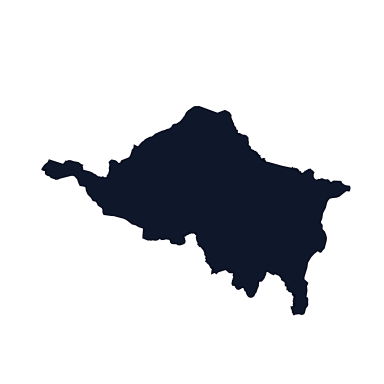 Sucua, Morona Santiago, Ecuador (Mercator projection), rotated 17°
{"feature_id": "8360857B23495862214977", "entity_name": "Sucua", "entity_type": "district", "adm_level": 2, "iso_a3": "ECU", "parent_name": "Ecuador", "parent_adm1": "Morona Santiago", "projection": "mercator", "projection_center": [-78.202, -2.485], "detail": "fine", "context": "isolated", "style": "filled", "palette": "ink", "viewbox_px": 384, "rotation_deg": 17, "n_neighbors": 0, "source": "geoboundaries", "source_scale": "gbopen_adm2", "svg_char_len": 6105}
<svg xmlns="http://www.w3.org/2000/svg" viewBox="0 0 384 384"><g transform="rotate(17 192 192)"><path d="M42.0,214.1L43.1,214.5L44.6,214.4L45.6,213.7L46.6,216.9L46.9,217.4L48.8,218.1L51.0,217.9L53.1,219.1L56.2,219.2L57.3,218.9L57.7,219.5L59.7,218.8L61.3,217.3L71.4,211.2L73.2,210.6L75.3,210.7L79.0,213.0L81.6,216.6L83.2,218.3L85.1,217.9L88.2,217.7L89.3,218.2L90.8,221.4L93.4,224.4L97.5,226.6L99.9,228.9L103.0,228.7L104.4,229.7L106.2,231.8L107.8,232.4L110.9,233.1L112.2,234.9L113.0,237.4L114.3,239.0L121.8,237.8L123.9,237.2L134.8,236.8L138.0,237.4L144.1,239.8L147.9,239.6L151.5,240.5L156.2,240.5L156.8,242.1L158.6,250.1L164.0,250.6L165.0,250.0L166.7,249.9L168.4,248.9L170.8,248.7L172.6,247.8L173.8,246.6L174.5,245.1L176.6,246.2L178.6,245.5L180.7,244.2L183.8,243.7L185.5,244.3L186.5,246.3L187.6,246.8L189.1,246.7L192.2,245.7L193.8,246.3L195.9,245.9L198.6,244.0L199.6,242.8L199.7,242.1L199.4,240.7L198.5,239.7L198.4,239.0L196.7,236.9L196.8,236.7L198.5,235.7L199.2,234.1L200.4,233.6L202.1,231.5L202.8,231.7L202.8,231.0L203.4,230.5L204.7,230.9L206.4,230.0L207.3,230.0L207.0,230.6L207.6,230.6L208.0,231.4L208.9,231.6L209.7,232.5L209.6,234.1L211.3,237.2L211.8,237.4L213.2,239.5L213.2,240.5L214.0,240.7L215.2,241.7L216.7,241.5L218.8,243.1L219.4,242.6L220.1,243.2L220.0,243.7L220.8,244.7L222.1,245.0L222.3,245.3L221.6,245.5L222.5,246.9L222.7,248.1L224.6,249.2L224.5,249.8L225.0,250.4L224.6,251.3L225.8,252.2L225.7,254.3L226.9,254.5L227.6,255.2L229.9,256.2L231.1,257.5L231.7,257.9L232.0,258.5L233.1,259.1L233.8,258.8L234.2,259.8L235.0,259.9L234.3,261.1L234.8,264.0L236.6,262.3L238.1,262.2L239.0,262.7L240.1,260.6L246.7,256.1L247.3,256.1L251.1,257.9L253.0,257.6L254.4,256.7L255.7,257.9L256.0,258.7L255.9,259.6L257.3,261.2L256.9,262.7L257.2,263.7L256.9,264.5L256.9,265.6L257.3,266.6L257.1,267.5L257.6,267.7L257.8,268.7L258.4,269.1L259.0,268.7L261.1,269.0L261.5,269.2L261.8,270.2L263.7,271.4L265.2,271.2L266.1,270.1L266.6,269.9L266.8,269.4L267.7,268.5L269.5,267.9L271.6,270.7L272.8,271.0L273.3,271.4L273.9,272.7L275.3,274.2L276.7,275.2L277.7,275.4L278.5,275.4L280.1,274.7L281.0,273.5L281.5,272.2L281.6,270.7L282.3,268.8L282.3,265.9L282.7,262.6L281.7,258.2L282.2,257.5L284.2,256.8L284.9,255.8L285.8,253.4L286.2,249.6L286.0,246.9L286.4,245.9L286.7,245.6L288.1,245.6L291.2,246.6L294.1,247.0L295.1,245.1L296.0,245.7L299.4,246.0L300.3,246.3L303.4,248.5L303.4,249.3L303.8,249.7L305.1,249.9L307.8,251.0L308.6,253.8L309.1,254.2L310.2,254.1L310.9,254.6L310.9,255.3L311.9,255.8L311.3,256.5L311.5,257.4L312.6,257.3L314.0,258.6L316.5,258.4L318.1,259.3L318.0,260.4L318.4,260.9L319.1,261.0L319.7,260.4L320.4,260.5L319.8,261.7L320.6,262.2L321.2,262.1L320.5,263.8L321.0,263.9L321.1,264.4L320.8,265.2L320.9,266.8L321.5,267.7L322.8,268.6L321.8,268.9L322.0,270.0L323.3,270.7L322.8,271.1L323.2,271.4L323.1,271.8L320.7,273.0L321.2,273.4L321.3,274.5L322.7,274.9L322.8,276.2L323.3,276.2L323.3,276.8L323.7,277.1L323.6,277.9L324.7,278.2L324.9,279.2L325.4,279.4L326.2,278.5L329.7,276.9L332.8,276.8L334.3,275.6L334.5,274.5L334.3,269.7L335.3,267.4L335.4,266.0L334.3,262.9L333.9,260.9L333.0,259.7L331.5,259.7L330.5,252.7L328.7,248.4L329.1,246.4L329.1,245.3L324.8,243.3L324.1,242.4L323.7,240.1L323.7,230.6L322.9,225.8L324.3,219.6L326.3,215.3L329.3,210.9L331.6,211.8L332.4,211.8L332.9,211.4L333.5,209.2L334.6,207.3L334.6,206.3L334.3,199.2L333.8,196.8L332.4,194.3L330.1,191.5L327.5,190.1L326.9,189.2L326.0,185.8L324.3,184.7L323.3,183.2L323.6,179.3L322.8,173.9L323.9,168.0L323.6,162.3L324.2,159.7L325.1,157.7L327.1,156.4L331.8,154.4L333.9,152.7L338.6,145.8L339.6,145.2L341.8,144.9L342.0,144.0L341.7,142.1L341.3,141.1L340.7,140.7L337.2,141.3L334.6,141.0L333.8,140.5L332.8,140.4L331.2,138.6L324.5,140.3L322.7,142.2L321.9,142.5L320.7,142.3L319.8,141.8L319.5,141.2L318.1,140.8L317.5,141.3L315.2,141.8L312.5,141.5L311.7,141.9L311.0,142.9L309.5,143.1L308.2,144.4L306.4,144.5L305.2,144.1L303.3,142.4L302.4,139.4L302.6,137.8L301.6,137.7L301.5,137.0L299.2,136.3L298.6,135.8L296.8,136.6L296.5,137.5L295.4,138.2L295.1,139.1L294.2,139.3L294.3,139.9L292.8,141.8L291.4,142.6L290.9,142.2L290.4,142.2L289.8,141.2L289.3,141.5L287.9,141.3L287.5,140.2L286.7,140.4L286.7,140.1L286.1,139.5L284.9,139.4L284.1,140.0L283.6,139.6L283.1,139.5L282.8,140.2L282.2,140.4L281.5,140.4L281.1,139.5L280.2,140.4L278.6,140.6L270.9,141.3L255.8,141.7L254.0,142.2L253.4,141.4L253.1,141.7L252.7,141.6L252.3,140.6L251.5,141.1L251.1,140.6L251.4,139.2L250.5,139.3L250.7,139.8L250.6,140.0L249.4,140.2L249.7,140.8L249.2,140.9L248.0,140.2L247.4,139.4L246.3,139.0L246.2,137.6L245.1,137.5L244.4,137.0L243.5,137.2L243.4,136.3L243.1,135.8L242.5,135.8L241.1,134.9L238.9,135.0L238.5,134.5L235.7,134.3L235.0,133.3L234.5,132.1L233.3,131.7L231.4,130.2L231.5,129.3L230.7,126.9L230.2,126.5L229.8,125.3L229.7,124.2L228.8,123.7L228.2,123.0L226.8,122.6L225.9,123.1L225.4,122.6L224.8,123.0L222.0,122.9L221.6,122.6L220.3,122.4L219.6,123.4L219.1,122.8L217.9,122.8L217.3,120.1L215.4,119.7L214.9,118.1L212.4,116.4L211.3,114.3L210.2,113.5L209.8,112.6L208.5,111.3L207.0,109.2L206.8,107.5L204.3,105.4L199.8,104.6L193.4,109.5L173.5,108.4L172.8,108.9L170.3,109.5L169.0,110.4L164.8,115.8L163.7,118.0L163.1,122.2L162.6,122.8L162.0,124.9L160.6,128.1L157.8,131.5L156.8,132.2L156.0,132.3L154.5,133.4L153.9,135.1L154.2,135.6L153.7,136.8L152.6,137.5L152.3,138.5L149.8,139.8L148.7,141.0L145.8,142.8L140.0,147.8L139.7,148.7L137.8,151.3L136.0,152.1L133.1,154.8L132.0,156.2L131.8,157.1L130.1,159.0L128.8,161.7L127.7,164.6L126.3,164.9L123.3,164.3L123.9,167.2L122.9,169.2L123.0,172.6L122.8,176.2L121.6,178.2L116.0,182.6L115.5,183.5L116.1,184.6L115.3,185.1L114.0,186.5L112.5,186.2L110.9,185.2L109.4,184.8L105.9,185.1L104.6,187.0L104.4,188.1L105.0,188.6L105.9,190.2L106.1,193.2L107.1,195.3L107.2,198.8L106.4,201.6L107.3,203.4L105.7,203.6L104.1,204.3L102.3,203.8L102.0,204.3L101.2,204.8L98.5,204.9L97.8,205.4L94.2,203.9L92.3,203.9L91.6,203.3L88.0,202.9L80.7,203.3L80.3,201.3L79.0,199.3L79.3,198.5L77.7,198.4L74.6,197.3L69.9,197.9L66.7,197.8L64.9,198.3L63.7,199.3L62.3,199.7L62.2,201.2L61.6,201.6L61.3,203.1L60.4,203.5L46.2,203.3L46.0,205.7L43.7,209.0L42.9,210.9L42.0,214.1Z" fill="#0f172a" stroke="#020617" stroke-width="1.5"/></g></svg>